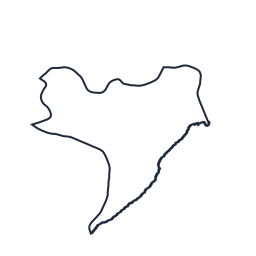 Distrito Nacional, Distrito Nacional, Dominican Republic, rotated 338°
{"feature_id": "3306468B63097535879723", "entity_name": "Distrito Nacional", "entity_type": "district", "adm_level": 2, "iso_a3": "DOM", "parent_name": "Dominican Republic", "parent_adm1": "Distrito Nacional", "projection": "orthographic", "projection_center": [-69.932, 18.483], "detail": "fine", "context": "isolated", "style": "outline", "palette": "slate", "viewbox_px": 256, "rotation_deg": 338, "n_neighbors": 0, "source": "geoboundaries", "source_scale": "gbopen_adm2", "svg_char_len": 5926}
<svg xmlns="http://www.w3.org/2000/svg" viewBox="0 0 256 256"><g transform="rotate(338 128 128)"><path d="M54.0,212.0L55.2,212.0L55.2,211.6L55.9,211.6L55.9,211.2L56.6,211.2L56.6,210.8L57.3,210.8L57.3,210.4L58.1,210.4L58.1,210.1L58.4,210.1L58.4,209.7L59.5,209.7L59.5,209.3L60.2,209.3L60.2,208.9L60.6,208.9L60.6,208.5L61.3,208.5L61.3,208.2L61.7,208.2L61.7,207.8L62.8,207.8L62.8,207.4L63.1,207.4L63.1,207.0L63.8,207.0L63.8,206.6L67.1,206.6L67.1,206.3L68.2,206.3L68.2,205.9L68.9,205.9L68.9,206.3L70.3,206.3L70.3,206.6L71.4,206.6L71.4,207.0L73.2,207.0L73.2,206.6L73.9,206.6L73.9,206.3L76.8,206.3L76.8,206.6L78.6,206.6L78.6,206.3L79.4,206.3L79.4,205.9L80.1,205.9L80.1,205.5L80.8,205.5L80.8,205.1L81.9,205.1L81.9,204.7L82.2,204.7L82.2,205.1L83.3,205.1L83.3,204.7L84.8,204.7L84.8,204.4L85.1,204.4L85.1,204.0L85.5,204.0L85.5,203.6L86.9,203.6L86.9,203.2L89.8,203.2L89.8,202.8L90.2,202.8L90.2,202.5L90.5,202.5L90.5,202.1L91.6,202.1L91.6,201.7L94.1,201.7L94.1,201.3L94.5,201.3L94.5,200.9L95.2,200.9L95.2,200.6L95.9,200.6L95.9,200.2L97.4,200.2L97.4,200.6L98.1,200.6L98.1,200.2L98.8,200.2L98.8,199.8L99.2,199.8L99.2,199.4L99.9,199.4L99.9,199.0L100.6,199.0L100.6,198.7L101.0,198.7L101.0,198.3L102.1,198.3L102.1,198.7L103.2,198.7L103.2,199.0L103.9,199.0L103.9,198.7L104.2,198.7L104.2,198.3L104.6,198.3L104.6,197.9L106.8,197.9L106.8,197.5L108.2,197.5L108.2,197.9L108.9,197.9L108.9,197.5L109.7,197.5L109.7,197.1L110.4,197.1L110.4,196.8L111.8,196.8L111.8,196.4L114.0,196.4L114.0,196.0L114.3,196.0L114.3,195.6L115.1,195.6L115.1,195.2L115.4,195.2L115.4,194.9L116.2,194.9L116.2,194.5L117.2,194.5L117.2,194.1L119.4,194.1L119.4,193.3L120.1,193.3L120.1,192.6L120.5,192.6L120.5,192.2L121.2,192.2L121.2,191.8L121.6,191.8L121.6,191.4L123.0,191.4L123.0,191.1L125.2,191.1L125.2,190.7L126.3,190.7L126.3,190.3L127.0,190.3L127.0,189.9L127.3,189.9L127.3,189.5L127.7,189.5L127.7,189.2L128.1,189.2L128.1,188.8L128.8,188.8L128.8,188.4L129.1,188.4L129.1,188.0L129.5,188.0L129.5,187.6L131.3,187.6L131.3,187.3L132.0,187.3L132.0,186.9L133.5,186.9L133.5,186.5L134.2,186.5L134.2,185.4L134.6,185.4L134.6,185.0L134.9,185.0L134.9,183.8L135.6,183.8L135.6,183.5L136.0,183.5L136.0,182.7L136.7,182.7L136.7,182.3L137.1,182.3L137.1,181.6L138.5,181.6L138.5,180.8L139.6,180.8L139.6,180.4L140.3,180.4L140.3,178.9L140.7,178.9L140.7,178.5L141.0,178.5L141.0,178.1L141.4,178.1L141.4,177.7L142.5,177.7L142.5,177.4L142.1,177.4L142.1,177.0L141.8,177.0L141.8,176.6L142.1,176.6L142.1,176.2L141.8,176.2L141.8,174.3L142.1,174.3L142.1,173.6L142.5,173.6L142.5,173.2L142.9,173.2L142.9,172.4L143.2,172.4L143.2,172.0L143.6,172.0L143.6,171.7L143.9,171.7L143.9,171.3L144.3,171.3L144.3,170.9L144.7,170.9L144.7,170.5L145.0,170.5L145.0,170.1L145.4,170.1L145.4,169.8L146.1,169.8L146.1,169.4L146.5,169.4L146.5,169.0L147.2,169.0L147.2,168.6L147.5,168.6L147.5,168.2L148.3,168.2L148.3,167.9L150.4,167.9L150.4,167.5L151.1,167.5L151.1,167.1L151.5,167.1L151.5,166.7L151.9,166.7L151.9,166.3L152.2,166.3L152.2,166.0L153.3,166.0L153.3,165.6L154.4,165.6L154.4,165.2L155.1,165.2L155.1,164.8L156.6,164.8L156.6,164.4L157.6,164.4L157.6,164.1L158.4,164.1L158.4,163.7L158.7,163.7L158.7,163.3L160.5,163.3L160.5,162.9L160.9,162.9L160.9,162.5L161.6,162.5L161.6,162.2L162.3,162.2L162.3,161.8L163.0,161.8L163.0,161.4L163.4,161.4L163.4,161.0L163.8,161.0L163.8,161.4L164.5,161.4L164.5,161.0L165.9,161.0L165.9,160.6L166.3,160.6L166.3,159.9L166.7,159.9L166.7,159.5L168.5,159.5L168.5,159.9L169.5,159.9L169.5,159.5L169.9,159.5L169.9,159.1L170.6,159.1L170.6,158.7L171.7,158.7L171.7,158.3L172.4,158.3L172.4,158.7L173.2,158.7L173.1,158.3L173.9,158.3L173.9,158.0L174.6,158.0L174.6,157.6L175.0,157.6L175.0,157.2L175.7,157.2L175.7,156.8L176.4,156.8L176.4,156.5L177.1,156.5L177.1,156.1L177.8,156.1L177.8,155.7L178.6,155.7L178.6,155.3L179.6,155.3L179.6,154.9L180.4,154.9L180.4,154.5L180.7,154.5L180.7,154.2L181.1,154.2L181.1,153.4L181.4,153.4L181.4,153.0L181.8,153.0L181.8,152.6L182.5,152.6L182.5,152.3L182.9,152.3L182.9,151.9L183.6,151.9L183.6,151.5L184.0,151.5L184.0,150.4L184.7,150.4L184.7,150.0L185.4,150.0L185.4,149.6L186.1,149.6L186.1,149.2L186.5,149.2L186.5,148.8L186.8,148.8L186.8,149.2L187.2,149.2L187.2,148.8L190.5,148.8L190.5,149.6L191.2,149.6L191.2,150.0L191.9,150.0L191.9,149.6L192.3,149.6L192.3,149.2L193.3,149.2L193.3,149.6L194.8,149.6L194.8,150.4L194.1,150.4L194.1,151.5L194.4,151.5L194.4,150.7L196.6,150.7L196.6,150.4L199.1,150.4L199.1,150.7L200.2,150.7L200.2,151.1L200.9,151.1L200.9,151.9L201.3,151.9L201.3,152.3L200.6,152.3L200.6,152.6L200.9,152.6L200.9,154.2L201.3,154.2L201.3,154.5L201.6,154.5L201.6,155.3L202.7,155.3L202.7,155.7L203.1,155.7L203.1,155.3L203.8,155.3L203.8,154.9L204.2,154.9L204.2,154.5L204.9,154.5L204.9,153.4L205.6,153.4L205.6,152.3L206.0,152.3L204.6,152.1L204.5,128.6L204.9,123.6L205.9,120.8L207.0,119.3L211.2,114.2L214.8,107.4L215.4,105.8L215.6,103.2L215.0,101.4L214.0,99.7L212.1,97.5L208.4,94.0L205.2,91.7L202.5,90.8L196.1,90.1L193.4,89.5L188.0,86.7L183.7,85.0L176.6,91.3L174.3,92.9L172.5,93.6L170.6,94.0L165.6,94.3L159.6,94.1L155.7,93.5L153.9,92.9L146.9,89.5L140.8,85.5L139.9,84.4L138.7,81.0L137.9,79.7L136.5,78.8L134.9,78.4L131.3,78.3L128.6,78.8L126.2,80.1L121.9,83.7L120.3,84.7L117.8,85.4L115.2,85.0L108.4,81.7L106.5,80.0L105.4,78.6L104.7,76.9L104.4,75.0L104.0,66.0L103.7,64.1L103.2,62.3L99.4,54.4L97.0,51.5L94.0,49.0L91.5,47.7L86.3,46.4L80.9,44.2L79.2,44.0L76.7,44.5L73.0,46.2L67.9,47.8L64.9,49.1L68.2,54.0L68.6,55.5L68.4,57.1L67.6,58.4L63.7,61.0L60.3,64.2L58.8,66.6L58.2,69.3L58.2,71.2L58.5,73.0L59.1,74.6L61.1,78.3L61.8,81.2L62.0,85.0L61.2,87.6L60.7,88.4L59.1,89.3L56.5,89.8L48.6,89.6L40.4,88.9L43.0,93.1L44.5,95.1L47.6,98.5L51.6,102.2L54.4,104.3L59.1,106.7L65.3,111.5L70.0,113.9L72.2,115.6L93.8,137.2L95.8,140.3L96.3,142.0L96.8,147.3L96.7,153.7L96.4,156.4L95.8,159.0L93.4,163.5L92.1,166.7L89.5,171.1L88.2,174.4L85.7,178.8L83.9,182.9L82.2,185.0L79.7,187.8L71.5,195.5L69.2,197.0L58.3,202.1L56.3,203.6L55.2,205.0L54.3,207.2L54.0,212.0Z" fill="none" stroke="#1e293b" stroke-width="2"/></g></svg>